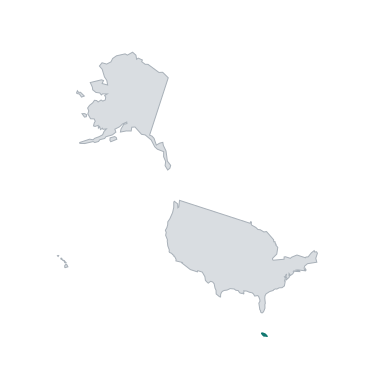 Jamaica highlighted among its neighbors, rotated 18°
{"feature_id": "JAM", "entity_name": "Jamaica", "entity_type": "country or territory", "adm_level": 0, "iso_a3": "JAM", "parent_name": "North America", "parent_adm1": "", "projection": "mercator", "projection_center": [-77.28, 18.119], "detail": "fine", "context": "with_neighbors", "style": "filled", "palette": "teal", "viewbox_px": 384, "rotation_deg": 18, "n_neighbors": 1, "source": "natural_earth", "source_scale": "50m", "svg_char_len": 4521}
<svg xmlns="http://www.w3.org/2000/svg" viewBox="0 0 384 384"><g transform="rotate(18 192 192)"><path d="M182.7,203.8L256.9,203.8L256.9,202.2L257.8,202.2L258.3,204.4L259.1,205.1L263.7,206.0L266.3,207.3L268.5,206.8L272.7,207.8L275.1,206.6L284.4,212.2L284.7,213.2L285.3,213.6L285.2,214.0L286.4,213.7L287.1,215.2L288.2,215.7L287.9,216.4L290.7,218.2L291.8,224.9L289.1,230.3L289.4,231.2L290.3,231.8L300.3,227.5L299.7,225.3L300.9,224.7L306.0,224.7L306.9,223.2L311.3,219.5L320.3,219.5L320.5,218.6L322.5,217.8L324.3,213.0L326.3,210.0L327.2,211.1L329.0,210.4L330.2,211.5L330.2,216.8L332.4,220.2L324.0,224.5L322.1,227.5L322.1,229.4L323.0,231.3L324.1,231.4L323.8,230.1L324.6,230.9L324.4,231.9L316.6,233.4L314.4,234.4L318.3,233.8L319.1,234.4L315.3,235.5L313.6,235.5L313.7,235.1L312.9,236.0L313.7,236.2L313.1,238.7L311.1,241.4L310.9,240.5L309.5,239.5L310.0,241.3L310.7,241.9L310.7,243.2L308.4,247.2L309.0,244.8L307.6,243.5L307.3,240.7L306.8,242.1L307.3,244.3L305.6,243.8L307.4,244.9L307.5,248.1L308.3,248.3L308.9,252.8L307.2,255.2L304.5,256.2L302.7,258.1L301.4,258.3L300.0,259.5L299.6,260.6L296.7,262.6L293.9,266.0L293.5,268.2L294.0,270.4L296.1,275.2L296.1,276.5L297.3,280.0L297.1,283.2L296.5,285.0L295.7,285.4L294.4,285.0L293.9,283.7L292.9,283.0L289.9,277.0L290.4,274.9L289.7,273.3L287.6,270.7L286.5,270.2L283.8,271.6L282.0,270.0L280.4,269.3L277.3,269.6L274.9,269.3L271.8,270.0L272.3,270.8L272.2,272.1L272.8,272.7L272.3,273.1L271.3,272.6L270.3,273.2L268.4,273.1L266.4,271.5L264.0,271.9L262.1,271.2L258.1,272.1L255.7,274.4L253.0,275.7L251.6,277.1L251.0,278.5L250.9,280.6L251.6,283.0L250.5,283.1L246.5,281.5L245.2,278.0L243.6,276.3L241.4,272.4L239.5,271.2L237.3,271.2L235.6,273.7L233.4,272.7L232.0,271.8L230.4,268.5L226.5,265.0L221.8,265.0L221.8,266.3L214.4,266.3L204.2,262.6L204.5,262.0L198.0,262.5L197.6,260.9L195.8,259.1L194.6,258.7L194.3,257.8L192.8,257.6L191.8,256.7L189.3,256.4L188.7,255.9L188.3,254.1L185.7,250.8L183.5,246.1L183.6,245.3L180.3,241.3L180.0,238.5L178.5,236.6L179.1,233.7L179.0,230.6L178.2,227.8L179.2,224.4L179.9,217.5L179.4,212.3L177.8,207.1L178.1,206.3L182.0,207.7L183.4,211.4L184.1,210.4L182.7,203.8ZM134.1,90.7L134.1,151.0L136.7,151.2L139.3,152.7L143.6,158.4L146.2,155.5L148.9,153.8L150.3,156.5L154.6,161.0L159.0,170.2L163.5,173.3L163.6,176.3L162.1,178.6L158.3,175.3L157.5,171.1L154.1,167.2L152.6,162.4L145.8,162.0L142.6,160.5L137.1,155.1L129.9,152.2L126.1,152.7L117.7,147.8L114.7,149.0L115.3,152.8L110.7,154.2L105.4,157.1L105.0,154.0L106.2,148.7L109.0,147.0L108.3,145.6L104.9,148.7L103.0,152.3L99.2,156.1L101.1,158.6L98.6,162.3L93.1,166.0L92.4,168.1L88.2,170.7L87.4,172.9L84.2,175.0L82.4,174.6L74.9,179.1L70.3,180.4L69.9,179.6L78.3,173.4L81.7,172.9L83.0,170.9L86.7,168.0L89.3,165.2L89.7,161.4L91.1,158.4L88.0,159.9L87.1,159.0L85.7,160.9L83.9,158.3L83.2,160.1L82.2,157.6L79.5,159.6L77.9,159.6L77.7,156.5L78.1,154.6L76.4,152.7L72.9,153.7L68.8,149.9L68.8,146.8L66.8,144.4L67.8,141.2L70.0,137.9L70.9,134.9L73.1,134.5L74.9,135.4L77.1,132.6L79.1,133.1L81.1,131.2L80.6,128.4L79.1,127.3L81.1,124.9L76.6,126.3L75.8,127.7L73.7,126.3L69.9,127.0L66.0,125.5L64.8,123.0L61.4,119.3L71.2,113.3L73.4,113.3L73.0,116.6L78.7,116.3L76.5,112.2L73.2,109.6L68.7,103.1L65.0,100.8L66.5,96.9L71.3,96.7L74.7,93.3L75.3,89.5L78.1,85.8L85.7,81.3L88.2,81.8L92.3,77.4L96.4,79.2L98.3,82.9L99.5,81.3L104.0,81.8L103.9,83.6L108.0,85.0L110.7,84.2L123.6,88.5L127.1,87.2L134.1,90.7ZM51.7,131.1L53.4,132.3L55.1,131.6L59.9,134.0L57.6,135.9L54.6,133.6L52.2,133.9L51.6,133.4L51.7,131.1ZM95.5,299.9L97.1,301.5L94.7,303.2L94.1,302.8L93.7,301.0L94.3,300.2L94.3,299.3L95.5,299.9ZM93.9,297.9L92.8,298.5L92.0,297.5L92.2,297.2L93.9,297.9ZM91.9,296.7L91.8,297.1L90.3,297.0L90.5,296.6L91.9,296.7ZM88.5,295.2L89.5,296.3L89.3,296.5L88.2,296.4L87.7,295.6L88.5,295.2ZM84.9,293.7L84.6,294.7L83.7,294.2L84.2,293.7L84.9,293.7ZM65.8,150.6L68.0,151.1L68.2,153.1L66.6,154.0L63.2,151.5L65.8,150.6ZM101.3,163.2L103.1,163.6L104.2,165.1L99.2,169.3L97.9,168.1L97.4,165.8L101.3,163.2Z" fill="#d9dde1" stroke="#a8b0b8" stroke-width="1"/><path d="M304.8,304.5L305.2,304.6L305.5,304.6L305.8,304.7L306.1,304.9L306.3,305.1L307.3,305.4L307.6,305.9L307.7,306.0L307.4,306.1L307.1,306.1L306.8,306.2L306.5,306.1L306.4,306.0L306.1,305.9L305.9,305.9L305.8,306.0L305.7,306.2L305.4,306.2L305.2,306.1L305.0,306.6L304.8,306.4L304.6,306.2L304.3,306.2L303.7,306.2L303.3,305.8L303.2,305.7L302.7,305.3L302.7,305.2L302.1,305.2L302.0,304.8L302.2,304.6L302.3,304.5L302.6,304.5L302.9,304.5L303.1,304.4L304.3,304.5L304.6,304.5L304.8,304.5Z" fill="#14b8a6" stroke="#0f766e" stroke-width="1.5"/></g></svg>